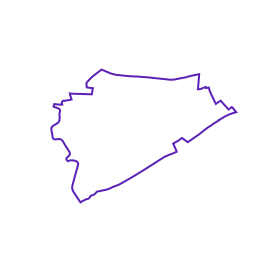 Ben Tre, Bến Tre, Vietnam (Mercator projection), rotated 131°
{"feature_id": "81297802B1495670326955", "entity_name": "Ben Tre", "entity_type": "district", "adm_level": 2, "iso_a3": "VNM", "parent_name": "Vietnam", "parent_adm1": "Bến Tre", "projection": "mercator", "projection_center": [106.381, 10.237], "detail": "fine", "context": "isolated", "style": "outline", "palette": "violet", "viewbox_px": 256, "rotation_deg": 131, "n_neighbors": 0, "source": "geoboundaries", "source_scale": "gbopen_adm2", "svg_char_len": 3276}
<svg xmlns="http://www.w3.org/2000/svg" viewBox="0 0 256 256"><g transform="rotate(131 128 128)"><path d="M215.3,115.1L213.2,114.4L211.5,113.8L210.4,113.3L209.3,112.8L208.0,111.9L207.1,111.4L206.1,111.3L205.3,111.4L204.5,111.5L204.2,111.6L203.6,111.5L203.4,111.5L203.2,111.4L202.5,111.0L201.4,110.4L200.7,110.0L200.5,109.9L200.0,109.8L198.5,109.7L196.5,109.7L190.1,104.9L187.0,102.7L182.5,100.8L177.2,97.9L174.9,97.0L169.5,95.1L165.5,93.7L158.2,91.3L152.5,89.5L150.3,88.8L144.7,87.1L143.5,86.8L142.3,86.4L139.0,85.4L133.4,83.8L131.1,83.1L130.4,82.9L128.3,82.2L127.1,82.0L126.4,81.8L124.5,80.9L120.7,79.1L116.9,77.0L114.0,75.7L113.3,76.9L112.6,78.3L110.1,83.7L105.1,81.9L100.1,80.7L99.9,77.9L99.5,73.6L99.0,73.5L97.7,73.1L92.4,71.8L87.0,70.4L82.4,69.5L77.7,68.6L75.3,68.1L72.7,67.3L70.3,66.6L69.0,66.4L67.7,66.0L66.2,65.5L65.0,65.2L64.1,64.8L63.6,64.7L62.5,64.8L62.4,64.5L61.8,64.2L61.1,64.0L60.3,64.0L59.7,63.7L58.8,63.3L57.7,63.0L56.8,62.8L55.4,62.3L54.1,61.7L53.4,61.4L52.8,61.2L51.9,60.8L50.5,60.0L48.1,58.7L46.4,57.6L45.1,56.7L44.1,62.1L44.1,63.4L46.4,63.9L48.1,64.3L47.6,68.0L46.6,76.0L48.2,76.5L52.2,77.5L50.6,81.3L49.7,83.0L49.1,84.8L47.4,88.5L46.8,89.8L46.6,90.4L45.9,91.4L44.5,93.6L46.7,95.2L46.2,96.0L46.0,96.3L50.5,98.6L51.8,99.4L52.9,100.6L45.4,106.1L41.3,109.1L40.7,109.6L47.9,115.1L52.2,117.9L56.7,121.5L60.4,124.3L63.5,127.3L77.1,146.7L81.4,152.5L81.9,153.2L84.4,156.4L87.4,160.1L95.8,172.0L98.2,176.9L101.3,186.3L109.1,187.9L112.3,188.5L114.9,188.8L117.1,188.9L118.4,188.9L120.7,189.0L121.2,188.9L121.9,188.4L122.1,188.2L122.3,187.9L123.1,187.1L124.0,186.2L124.4,185.8L123.4,184.2L121.9,181.9L121.0,180.7L126.3,177.4L130.7,182.8L135.1,188.2L137.6,191.2L138.7,192.6L139.2,193.3L139.9,194.3L140.0,194.5L141.2,193.1L143.5,189.3L145.8,190.9L146.0,191.1L146.8,191.9L147.8,192.7L148.5,193.3L149.0,193.5L149.3,193.7L149.4,193.9L149.4,194.2L149.5,194.5L149.8,194.7L150.0,194.8L150.7,195.0L151.2,195.0L151.6,194.9L152.1,194.6L152.7,194.0L153.2,193.3L153.5,192.9L153.8,193.0L154.0,193.5L154.3,194.0L154.6,194.3L154.8,194.6L155.8,195.7L158.3,199.3L160.0,198.6L160.7,198.2L160.8,198.0L160.7,197.8L160.3,197.0L159.3,194.7L158.8,192.7L158.8,191.8L159.2,191.0L160.3,190.1L160.9,189.8L161.1,189.7L161.5,189.5L162.1,189.1L162.6,188.8L163.0,188.4L163.3,188.2L163.8,187.5L164.1,187.1L165.1,186.4L166.2,185.5L167.3,184.7L168.3,184.4L169.2,184.3L170.2,184.4L171.3,184.6L172.3,184.9L173.9,185.5L175.3,185.9L176.2,186.0L177.0,186.0L177.6,186.0L178.0,185.9L178.4,185.6L179.0,185.2L180.1,184.1L181.0,183.0L182.4,181.1L183.7,179.7L184.2,179.1L184.7,178.4L184.9,177.9L185.1,177.5L185.1,177.3L185.0,176.6L184.9,176.1L184.5,175.6L183.6,174.7L182.2,173.5L181.4,172.7L181.0,172.3L180.7,171.4L180.6,170.1L180.6,169.1L180.9,167.9L181.4,166.5L182.1,164.4L182.8,162.4L183.3,160.4L183.4,160.0L183.8,158.7L184.1,157.6L184.4,156.7L184.9,155.7L185.4,155.2L185.7,154.8L186.1,154.5L186.5,154.4L187.1,154.3L187.7,154.4L188.4,154.4L189.2,154.5L190.1,154.6L190.7,154.7L191.2,154.6L191.7,154.3L192.3,153.7L192.4,152.8L192.4,151.5L190.9,150.7L190.0,150.0L188.9,148.8L188.9,148.7L187.6,146.8L187.2,145.9L186.9,144.2L187.3,142.7L187.9,142.0L188.8,141.5L191.1,140.3L207.2,132.6L208.8,131.6L210.2,130.5L210.7,129.8L211.6,128.2L212.1,126.8L215.3,115.1Z" fill="none" stroke="#5b21b6" stroke-width="2"/></g></svg>